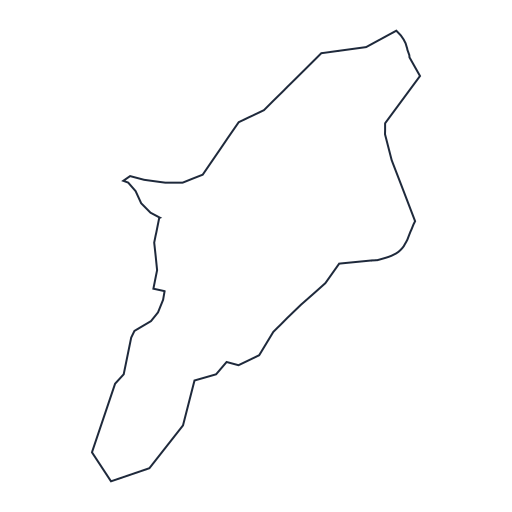 Al Malajim, Al Bayda', Yemen
{"feature_id": "15242507B64836061652766", "entity_name": "Al Malajim", "entity_type": "district", "adm_level": 2, "iso_a3": "YEM", "parent_name": "Yemen", "parent_adm1": "Al Bayda'", "projection": "albers", "projection_center": [45.401, 14.328], "detail": "fine", "context": "isolated", "style": "outline", "palette": "slate", "viewbox_px": 512, "rotation_deg": 0, "n_neighbors": 0, "source": "geoboundaries", "source_scale": "gbopen_adm2", "svg_char_len": 1878}
<svg xmlns="http://www.w3.org/2000/svg" viewBox="0 0 512 512"><path d="M415.1,221.2L401.7,186.2L392.6,162.6L391.6,159.9L385.0,134.2L385.1,130.6L385.1,123.5L385.3,123.0L420.0,76.0L409.5,57.4L409.3,55.1L407.4,49.8L407.1,48.2L406.7,47.0L405.6,43.3L404.5,41.2L403.7,39.6L400.9,35.5L396.3,30.7L366.1,47.1L321.3,53.2L320.6,53.9L317.8,56.7L301.0,73.4L291.6,82.7L287.2,87.0L286.3,88.0L286.0,88.2L284.5,89.8L283.5,90.8L278.5,95.7L273.4,100.7L263.9,110.2L262.8,110.7L251.3,116.2L248.9,117.3L238.7,122.2L227.0,139.1L226.9,139.3L219.9,149.6L209.4,164.9L202.7,174.7L193.0,178.5L183.3,182.4L183.0,182.5L182.4,182.7L182.0,182.7L165.5,182.7L158.7,181.8L153.6,181.1L144.1,179.8L130.1,176.1L123.3,180.8L128.2,182.6L135.6,191.1L141.2,203.3L150.5,212.7L159.9,217.7L159.2,218.0L156.3,232.5L155.6,235.6L154.2,242.6L155.7,256.4L157.1,270.2L156.0,275.6L153.4,288.7L164.4,291.1L164.6,291.2L164.4,292.3L163.1,299.8L158.0,312.4L151.0,321.1L134.6,330.8L134.4,331.0L131.2,337.6L123.7,374.3L115.1,383.7L92.3,451.3L92.0,452.4L111.0,481.3L149.4,468.2L183.0,425.4L188.2,405.1L194.5,380.5L197.6,379.6L199.4,379.1L201.5,378.5L210.6,375.9L216.1,374.3L226.6,362.0L238.5,365.2L248.1,360.6L259.2,355.2L273.3,331.9L277.7,327.5L279.8,325.5L287.4,317.8L301.1,304.6L316.8,290.8L325.4,283.1L339.2,263.6L339.9,263.6L340.5,263.5L344.5,263.1L371.1,260.5L371.4,260.5L371.5,260.5L371.8,260.4L371.9,260.5L372.1,260.4L372.3,260.4L372.5,260.4L372.8,260.4L373.0,260.4L373.4,260.4L373.5,260.4L373.8,260.3L374.0,260.3L374.4,260.3L374.5,260.3L374.9,260.3L375.1,260.3L375.3,260.3L375.6,260.2L375.8,260.2L377.2,260.2L379.4,259.6L382.9,258.6L386.0,257.7L388.5,256.9L391.4,255.8L393.6,254.7L396.0,253.5L398.4,251.9L400.4,250.1L402.2,248.2L403.7,246.3L404.9,244.1L406.2,241.9L407.4,239.6L408.3,237.2L409.3,234.6L410.4,231.8L411.5,229.4L412.5,226.9L413.5,224.4L414.7,222.0L415.1,221.2Z" fill="none" stroke="#1e293b" stroke-width="2"/></svg>